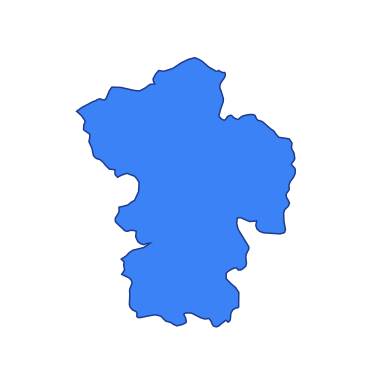 the Province of Houaphan, rotated 60°
{"feature_id": "LAO-3288", "entity_name": "Houaphan", "entity_type": "Province", "adm_level": 1, "iso_a3": "LAO", "parent_name": "Laos", "parent_adm1": "", "projection": "robinson", "projection_center": [104.1, 20.28], "detail": "fine", "context": "isolated", "style": "filled", "palette": "blue", "viewbox_px": 384, "rotation_deg": 60, "n_neighbors": 0, "source": "natural_earth", "source_scale": "10m", "svg_char_len": 3373}
<svg xmlns="http://www.w3.org/2000/svg" viewBox="0 0 384 384"><g transform="rotate(60 192 192)"><path d="M199.5,80.9L200.5,81.5L202.6,83.2L203.8,83.8L205.1,84.1L208.3,84.1L209.8,84.4L213.8,86.0L214.9,86.7L215.7,88.0L217.2,91.4L217.7,92.2L218.7,92.1L221.9,91.2L223.2,91.1L224.5,91.5L225.9,92.3L227.1,93.2L228.2,94.2L229.9,96.6L232.1,101.7L234.0,104.1L235.2,105.0L237.4,105.9L238.5,106.7L239.2,107.9L240.4,110.7L241.4,111.9L244.3,112.9L247.5,112.8L250.4,113.1L252.3,115.4L253.7,120.5L256.1,123.2L263.3,127.0L271.4,129.9L273.4,132.2L273.3,132.9L272.3,136.7L263.2,150.3L260.1,153.0L256.6,154.2L252.9,153.5L249.4,150.5L246.4,156.9L238.3,162.9L237.3,166.0L241.8,169.1L247.6,170.7L267.9,170.2L269.8,171.4L273.1,176.3L275.3,178.0L280.7,180.3L282.8,182.1L283.3,183.4L283.7,185.2L284.0,187.2L283.9,188.6L282.9,190.8L281.8,191.2L280.6,191.1L279.5,192.1L278.9,194.3L278.7,197.6L278.8,200.9L279.4,203.0L284.2,205.7L290.2,204.3L296.6,202.0L302.4,201.7L314.9,209.1L315.1,210.4L314.3,212.1L314.5,215.8L316.4,218.9L321.9,222.8L322.9,225.3L322.5,226.0L320.6,226.4L320.1,226.8L320.0,227.8L320.4,229.2L320.7,232.2L321.1,234.2L321.4,236.2L320.9,238.5L320.3,239.0L318.9,240.3L317.0,240.6L312.8,240.1L310.1,240.6L309.5,241.4L309.2,242.8L307.9,245.0L304.7,247.7L297.0,252.7L294.3,256.4L293.4,259.4L294.1,260.3L298.3,260.6L301.0,261.6L302.1,262.5L302.1,264.0L301.9,266.7L300.4,271.9L297.6,274.1L294.2,275.8L290.8,279.2L288.1,280.1L286.2,280.4L284.4,280.9L282.2,282.7L280.3,284.9L279.2,287.0L274.7,300.1L273.4,301.8L272.1,302.0L269.7,300.4L268.5,300.1L267.2,300.5L265.0,302.1L263.8,302.7L260.5,303.1L258.1,302.5L250.0,297.3L246.4,295.5L245.3,294.7L243.3,292.5L241.9,290.5L240.3,289.1L237.4,288.7L234.8,289.5L228.2,294.1L225.7,289.3L220.7,287.5L218.8,285.7L214.8,286.9L214.7,286.9L214.5,281.3L213.1,276.5L212.8,272.5L216.0,261.5L215.4,253.7L214.1,256.5L213.6,260.0L211.1,262.4L208.0,263.7L202.7,263.2L198.1,259.9L196.0,261.9L194.4,264.6L193.7,267.8L191.8,269.6L179.6,273.2L177.7,272.4L176.3,271.4L173.5,266.2L172.3,264.8L168.6,262.8L170.1,258.4L171.2,253.7L170.4,249.8L170.5,245.9L165.0,238.1L157.4,233.1L153.5,233.1L149.8,233.7L143.3,239.0L142.2,244.5L142.0,249.2L138.2,249.8L134.1,247.7L130.9,252.1L126.0,253.5L122.1,254.0L118.1,255.4L115.1,258.1L111.4,259.2L104.1,256.8L96.9,256.1L93.9,253.5L90.9,251.6L83.9,254.8L80.1,252.4L77.2,249.0L70.7,249.5L64.4,251.6L63.7,244.6L64.2,233.0L64.8,229.4L64.7,226.9L65.6,224.7L67.4,223.4L68.7,221.5L67.9,219.4L62.9,212.8L61.1,209.0L65.8,201.4L75.3,191.1L78.3,186.7L78.5,180.4L77.8,174.5L78.8,172.5L79.7,170.2L77.0,170.1L74.6,169.2L71.8,164.7L70.1,160.2L73.4,156.0L75.4,146.6L74.7,136.8L75.3,129.0L77.1,122.4L80.4,119.8L84.0,117.8L92.2,115.0L99.5,110.7L99.9,109.9L100.2,109.0L100.1,108.1L100.3,108.1L103.2,106.3L104.2,105.3L104.6,104.2L105.4,103.8L107.3,104.6L109.1,106.5L111.6,111.9L113.2,114.1L114.3,114.9L115.4,115.6L116.6,116.0L118.0,116.1L126.8,118.1L129.5,119.9L135.0,126.3L138.1,129.3L138.5,129.9L139.1,130.3L140.7,130.6L142.0,130.4L143.7,129.8L145.2,128.9L146.0,128.1L146.0,126.8L144.5,123.6L144.4,122.1L145.0,119.9L145.9,119.3L147.1,119.1L148.9,118.5L151.7,116.5L152.3,115.4L151.8,113.8L151.5,110.5L152.1,107.8L153.2,104.5L154.7,101.5L156.1,99.7L157.7,99.1L160.5,99.5L162.0,99.4L163.2,98.7L165.3,96.6L166.5,95.8L176.9,92.2L179.7,90.8L181.1,90.4L182.8,90.5L187.9,89.6L194.5,81.3L199.5,80.9Z" fill="#3b82f6" stroke="#1e3a8a" stroke-width="1.5"/></g></svg>